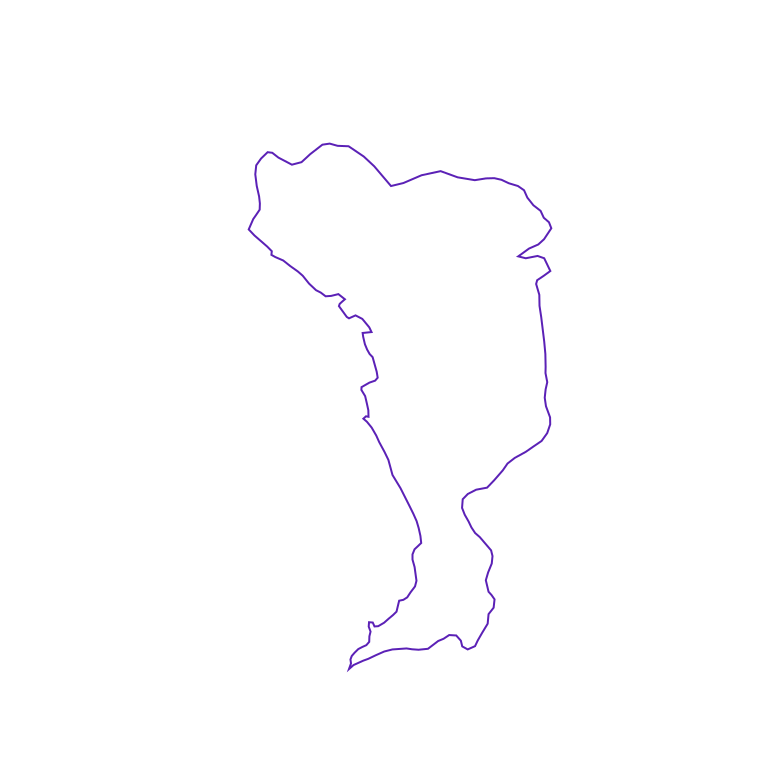 the district of Lundu, Sarawak, Malaysia, rotated 221°
{"feature_id": "92858781B46549610571988", "entity_name": "Lundu", "entity_type": "district", "adm_level": 2, "iso_a3": "MYS", "parent_name": "Malaysia", "parent_adm1": "Sarawak", "projection": "orthographic", "projection_center": [109.809, 1.733], "detail": "fine", "context": "isolated", "style": "outline", "palette": "violet", "viewbox_px": 768, "rotation_deg": 221, "n_neighbors": 0, "source": "geoboundaries", "source_scale": "gbopen_adm2", "svg_char_len": 2602}
<svg xmlns="http://www.w3.org/2000/svg" viewBox="0 0 768 768"><g transform="rotate(221 384 384)"><path d="M587.5,411.9L579.2,411.1L562.3,411.1L555.8,410.6L553.7,407.6L549.3,408.5L541.1,411.1L532.0,411.5L522.9,412.4L516.4,412.4L506.4,410.6L496.9,410.2L491.7,411.5L485.6,411.9L481.7,415.8L477.4,421.9L469.1,422.3L469.6,418.9L470.0,415.4L469.1,413.2L456.1,410.2L453.5,410.6L450.5,417.1L443.1,418.9L432.3,417.1L427.5,415.0L433.6,408.5L430.6,405.9L424.5,401.5L419.3,398.9L414.5,397.2L410.2,396.8L397.6,388.5L392.9,384.6L392.9,380.7L395.9,375.5L398.9,366.9L397.2,364.7L390.3,362.5L383.8,357.8L378.6,353.9L374.2,349.1L376.4,347.8L376.8,344.3L372.1,344.3L364.7,343.0L356.0,340.0L349.5,337.0L339.1,333.1L330.9,329.6L317.9,320.9L303.2,316.2L284.1,308.4L276.7,305.3L269.4,301.9L263.3,298.0L256.8,293.2L251.6,288.4L252.5,279.3L250.7,274.1L247.3,270.2L240.8,265.9L230.4,256.8L227.8,251.6L227.3,244.2L226.5,238.2L227.8,233.8L230.4,230.4L228.6,226.9L225.2,220.4L225.6,215.6L226.5,210.0L227.3,203.9L229.5,197.4L232.1,194.8L236.0,196.6L239.0,194.4L236.4,190.9L231.7,188.3L229.5,184.0L226.0,179.7L226.0,175.3L227.8,171.4L229.5,167.1L229.9,161.9L229.9,157.6L228.6,154.1L225.6,151.5L223.4,145.9L222.6,151.9L218.2,161.5L215.6,166.2L212.2,174.0L208.3,182.3L203.5,189.2L193.5,199.2L188.8,202.2L183.6,206.1L177.1,213.0L174.5,225.6L171.9,230.8L170.1,237.3L164.5,241.6L157.6,240.7L152.8,237.3L146.7,238.6L143.3,245.9L145.0,252.0L146.7,260.7L148.5,271.1L154.1,278.9L154.5,287.1L159.3,294.0L164.5,295.3L168.8,295.8L178.4,302.7L181.8,310.1L184.9,319.2L189.2,325.3L194.0,328.7L211.3,331.3L217.4,331.3L223.9,333.1L229.9,335.7L237.3,338.3L243.8,341.7L249.0,348.7L248.6,356.0L245.1,364.7L238.2,373.4L237.7,383.8L237.7,396.8L238.6,405.0L236.8,414.1L232.5,425.8L230.3,434.5L227.7,444.4L228.6,454.0L232.1,462.6L236.8,467.8L247.2,473.5L253.7,479.1L258.5,486.0L262.0,492.5L269.3,498.2L273.2,502.9L281.9,512.5L291.0,521.2L309.2,537.6L317.9,545.0L325.3,553.2L334.8,559.3L336.5,562.8L334.4,570.6L332.6,578.4L345.6,584.0L352.1,581.4L359.5,571.9L366.4,568.4L363.4,581.4L359.1,590.5L358.2,598.3L359.9,611.3L365.6,614.3L372.5,614.3L379.4,617.4L388.5,616.9L398.1,618.7L405.4,622.1L412.8,621.3L421.5,617.4L429.3,615.2L435.8,611.7L441.9,606.1L449.2,597.4L464.0,588.3L480.9,581.8L492.6,566.2L501.2,548.4L508.6,538.0L534.2,541.9L548.5,542.4L566.7,540.2L575.3,533.3L582.7,529.8L587.5,524.2L590.5,509.0L591.0,504.2L591.8,497.3L597.4,489.1L612.2,485.6L620.0,485.2L623.9,482.6L624.7,473.5L623.9,465.2L618.7,457.8L610.0,450.0L601.3,443.6L596.1,438.8L592.2,434.0L591.4,427.5L590.9,422.7L587.5,411.9Z" fill="none" stroke="#5b21b6" stroke-width="2"/></g></svg>